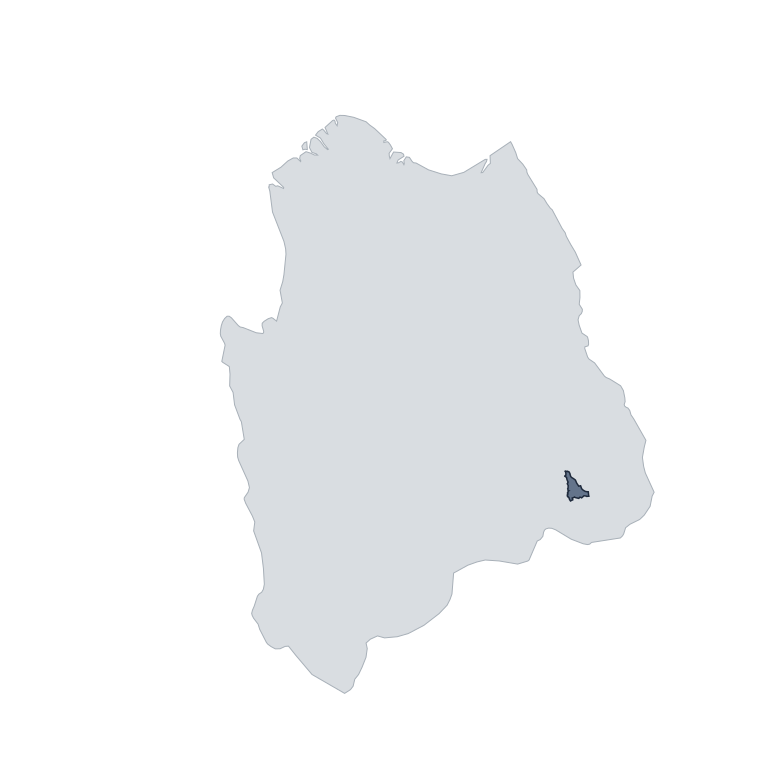 Bakura, Zamfara, Nigeria shown in context, rotated 149°
{"feature_id": "59680162B24502748844916", "entity_name": "Bakura", "entity_type": "district", "adm_level": 2, "iso_a3": "NGA", "parent_name": "Nigeria", "parent_adm1": "Zamfara", "projection": "equal_earth", "projection_center": [5.913, 12.562], "detail": "fine", "context": "in_parent", "style": "filled", "palette": "slate", "viewbox_px": 768, "rotation_deg": 149, "n_neighbors": 0, "source": "geoboundaries", "source_scale": "gbopen_adm2", "svg_char_len": 5430}
<svg xmlns="http://www.w3.org/2000/svg" viewBox="0 0 768 768"><g transform="rotate(149 384 384)"><path d="M577.1,139.1L595.3,172.0L599.3,196.5L600.9,208.5L603.9,210.0L609.5,210.6L613.6,213.0L616.0,217.0L617.6,220.8L617.9,223.0L616.9,237.7L615.6,243.0L616.4,250.3L616.2,253.4L615.6,255.5L613.2,257.9L609.8,260.3L601.8,267.3L599.5,268.3L596.1,268.5L593.1,270.2L589.7,274.0L582.3,288.1L576.0,302.3L571.4,325.2L565.8,332.3L564.8,338.7L564.0,353.0L563.2,357.3L562.3,358.5L556.2,361.3L552.7,364.5L550.6,371.0L548.0,393.1L547.1,396.7L545.1,400.5L542.0,404.7L539.3,407.0L532.3,408.5L525.7,425.1L525.6,428.0L522.8,443.1L517.7,454.5L517.3,461.8L510.9,471.8L507.6,478.6L511.1,485.7L511.4,486.9L500.3,499.0L499.7,500.8L499.3,509.1L498.4,511.4L496.4,514.4L493.4,517.8L490.4,520.4L486.9,522.2L483.6,522.9L481.8,521.8L480.7,519.3L478.8,509.1L477.9,506.9L475.7,504.9L467.1,493.7L461.9,489.7L460.8,490.0L460.0,491.1L458.5,496.7L457.1,498.8L454.4,499.5L449.6,499.6L446.2,498.8L445.4,497.7L443.7,493.2L433.2,503.5L429.4,505.8L424.8,517.9L418.1,523.9L413.5,529.2L401.2,545.7L398.7,550.5L396.3,557.8L391.0,588.8L382.5,608.2L381.4,612.3L380.9,612.1L379.8,613.9L376.5,612.8L375.0,609.2L373.0,608.6L369.4,603.3L368.7,604.2L372.4,617.5L371.0,622.8L360.6,622.9L351.6,624.7L345.4,624.5L342.3,622.6L340.9,617.6L340.4,618.1L340.1,620.8L338.1,622.9L331.2,623.3L328.2,619.9L325.7,616.1L323.0,614.4L323.4,616.0L326.5,619.7L326.1,625.1L320.5,631.3L317.0,631.7L314.8,629.0L313.6,624.6L313.1,618.1L311.6,613.9L310.8,613.9L311.8,620.9L311.8,627.5L314.5,632.6L310.4,634.2L305.5,634.3L304.9,632.5L304.3,628.2L303.4,627.1L302.4,634.3L292.4,636.3L290.9,636.0L290.6,634.6L291.4,632.7L291.2,629.5L289.0,631.9L288.6,636.9L287.4,637.7L283.5,637.0L279.4,634.4L272.6,628.2L264.3,618.0L262.9,613.4L260.5,607.8L256.2,592.4L257.0,591.7L258.9,592.5L259.8,591.1L256.4,590.0L255.7,588.9L255.4,585.5L255.6,581.3L260.8,579.1L262.1,576.6L262.8,574.1L256.3,577.9L250.2,573.6L248.9,570.9L249.6,568.9L256.6,568.7L259.1,566.8L257.6,566.1L254.9,566.1L253.9,564.8L254.0,561.7L253.1,562.4L252.0,565.2L247.9,567.2L245.5,565.2L245.3,560.6L244.8,558.5L242.7,556.9L235.6,544.7L226.7,534.6L218.7,527.6L206.6,524.3L181.5,524.4L180.0,523.5L181.6,521.9L183.8,520.8L191.9,515.1L190.5,514.4L182.1,517.9L179.2,518.3L175.5,525.1L150.7,526.5L150.8,523.4L151.9,514.5L153.4,508.4L151.8,500.9L151.4,494.1L152.4,492.0L152.8,489.5L152.6,472.1L153.9,469.5L153.9,467.8L151.4,460.4L151.4,454.7L150.9,449.2L150.1,446.7L151.2,425.6L150.8,420.3L151.7,416.6L152.1,407.5L152.1,398.6L153.8,384.5L164.4,382.6L167.0,377.1L168.5,370.1L168.0,363.2L171.5,357.2L175.6,351.8L175.5,345.9L176.7,344.1L178.6,342.7L181.5,342.0L184.6,339.1L186.4,334.0L188.1,325.7L185.4,320.0L185.5,318.8L186.5,315.7L188.2,312.6L189.5,311.6L192.6,312.4L193.6,311.2L195.6,302.1L195.4,299.7L192.6,293.6L191.0,277.2L190.2,275.1L188.0,272.1L182.1,260.6L182.2,255.1L184.7,248.1L186.4,244.7L188.6,242.8L189.1,241.2L188.4,239.3L187.3,237.8L187.0,234.7L188.2,230.3L187.9,225.5L188.5,200.8L193.3,196.0L200.3,188.0L203.9,179.6L205.8,173.2L208.2,152.1L211.9,149.8L218.9,142.1L228.4,137.6L234.6,136.2L245.4,137.1L250.9,136.4L255.6,132.2L257.7,131.0L260.7,130.3L287.7,141.3L290.1,140.8L292.2,141.5L295.5,144.4L303.5,154.6L311.9,170.5L314.5,173.9L317.1,175.7L319.7,176.4L321.7,176.1L323.7,174.6L326.3,171.6L330.2,170.2L333.5,170.5L350.3,158.4L351.9,158.2L362.2,160.8L376.4,173.0L387.9,181.0L396.0,183.6L405.5,185.5L421.7,186.1L433.9,169.0L438.4,165.3L443.8,161.9L455.1,158.8L474.0,156.6L491.7,157.6L502.7,160.5L514.3,166.1L519.3,171.4L527.2,172.3L532.8,171.2L534.6,165.9L540.2,159.0L548.6,152.6L555.4,148.1L561.1,146.0L566.1,140.9L570.1,139.3L577.1,139.1ZM331.9,630.2L328.0,631.8L325.5,631.4L329.0,624.4L330.7,625.9L332.9,626.5L331.9,630.2Z" fill="#d9dde1" stroke="#a8b0b8" stroke-width="1"/><path d="M270.7,213.5L271.0,213.7L271.1,213.9L271.5,214.6L271.8,214.5L272.0,214.5L272.4,215.1L273.0,215.5L273.4,216.0L273.6,216.0L273.8,215.8L273.6,214.9L273.9,214.4L274.3,213.3L275.2,212.1L276.0,212.2L276.5,211.8L276.3,211.4L276.0,210.7L275.6,210.0L275.7,209.7L276.2,208.5L276.5,207.2L276.6,206.4L276.7,205.1L277.1,205.0L277.2,204.8L277.3,204.7L277.5,204.4L277.8,204.3L277.9,204.2L278.0,204.2L278.3,204.1L278.3,203.6L278.4,202.9L278.4,202.5L278.4,202.2L278.5,201.8L278.7,201.6L279.4,200.8L279.7,200.0L280.5,199.6L280.6,199.1L280.8,198.5L280.8,198.1L280.9,197.9L280.9,197.7L280.8,197.4L280.7,197.3L280.8,197.3L281.0,197.4L281.0,197.5L281.3,197.6L281.4,197.4L281.5,197.3L281.6,197.0L281.7,196.6L282.1,196.5L282.7,196.3L282.9,195.9L282.7,195.8L282.7,195.7L282.8,195.4L283.0,194.9L283.7,194.7L284.1,194.5L284.2,194.4L284.2,194.1L284.2,193.5L284.4,193.5L284.6,193.3L284.6,192.9L284.6,192.6L284.2,192.2L284.0,191.5L284.5,189.2L284.4,188.6L284.4,188.1L284.4,187.7L281.8,187.5L281.4,189.3L279.9,189.0L279.0,189.0L279.0,188.8L278.9,188.7L278.7,188.5L278.4,188.1L278.2,187.8L277.7,187.3L277.0,186.7L276.1,185.7L275.9,185.6L275.7,185.7L275.4,185.8L275.2,185.9L274.8,186.0L274.7,186.1L274.1,185.9L273.9,185.6L273.2,184.6L272.9,184.7L271.6,184.9L271.2,185.0L270.1,185.2L268.3,183.7L268.1,183.2L267.8,183.1L266.2,182.3L266.1,182.6L266.0,182.8L265.9,183.1L265.8,183.5L264.4,186.4L265.7,187.3L266.8,188.3L267.8,190.1L268.2,191.2L268.5,192.5L267.9,195.5L268.4,195.7L269.7,196.1L269.8,198.4L269.9,199.7L269.4,203.1L269.7,203.8L270.2,205.1L271.3,207.2L271.6,208.5L271.0,210.9L270.9,211.0L270.9,211.3L270.7,211.7L270.7,213.5Z" fill="#64748b" stroke="#1e293b" stroke-width="1.5"/></g></svg>